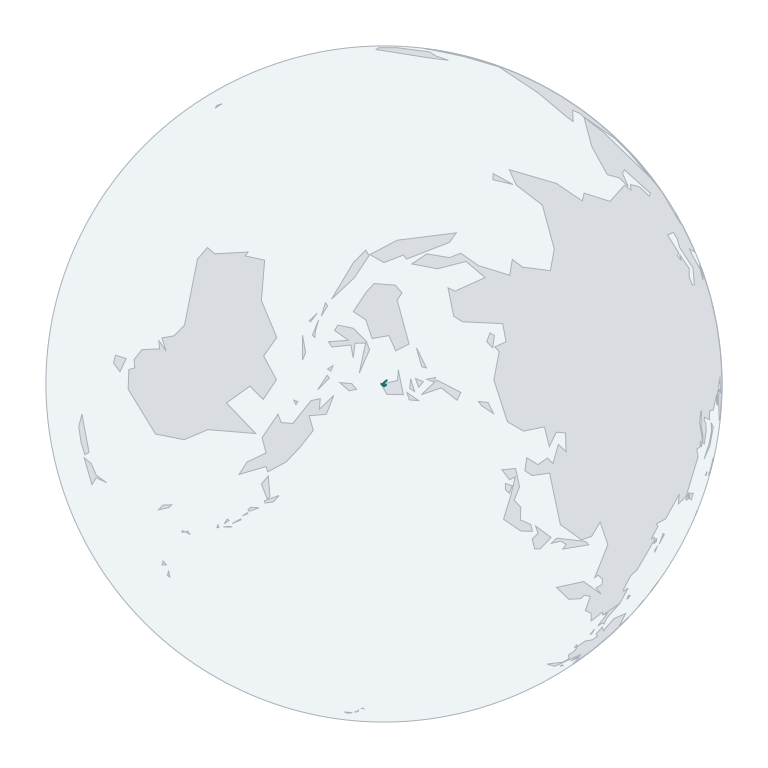 globe centered on Sarangani, rotated 115°
{"feature_id": "PHL-2598", "entity_name": "Sarangani", "entity_type": "Province", "adm_level": 1, "iso_a3": "PHL", "parent_name": "Philippines", "parent_adm1": "", "projection": "orthographic", "projection_center": [125.149, 6.009], "detail": "fine", "context": "on_globe", "style": "filled", "palette": "teal", "viewbox_px": 768, "rotation_deg": 115, "n_neighbors": 0, "source": "natural_earth", "source_scale": "10m", "svg_char_len": 8679}
<svg xmlns="http://www.w3.org/2000/svg" viewBox="0 0 768 768"><g transform="rotate(115 384 384)"><circle cx="384" cy="384" r="338" fill="#eef3f6" stroke="#a8b0b8"/><path d="M649.5,496.6L649.2,498.9L648.8,499.3L649.5,496.6ZM558.6,94.7L548.3,91.1L556.0,97.6L545.5,91.0L567.7,110.1L568.9,117.8L560.7,104.6L554.5,100.0L551.9,102.3L545.0,98.4L539.8,97.6L531.9,93.0L527.6,86.8L522.4,84.1L520.9,86.1L511.9,83.5L515.0,80.9L499.6,76.5L489.8,67.9L504.4,68.6L492.1,63.8L515.0,72.5L537.2,82.8L558.6,94.7ZM698.0,281.3L695.2,273.9L697.7,277.5L698.0,281.3ZM692.8,270.2L693.9,272.5L692.9,270.8L692.8,270.2ZM691.7,269.4L692.5,270.0L691.8,270.2L691.7,269.4ZM690.4,269.4L691.0,269.1L691.0,269.5L690.4,269.4ZM687.4,267.0L686.6,266.2L686.9,265.1L687.4,267.0ZM563.1,103.9L563.6,102.7L565.5,105.4L563.1,103.9ZM540.5,98.3L542.5,100.2L539.0,99.1L540.5,98.3ZM523.5,91.3L517.2,89.6L522.9,90.2L523.5,91.3ZM513.0,87.9L497.7,84.7L500.9,88.1L483.2,77.6L502.1,83.2L508.6,83.1L508.4,85.2L513.0,87.9ZM475.9,72.9L471.5,71.6L475.3,71.9L475.9,72.9ZM477.6,59.3L472.7,57.9L470.0,57.2L469.6,57.1L477.6,59.3ZM447.4,52.1L459.6,54.6L459.2,54.6L447.4,52.1ZM94.8,209.3L94.3,210.4L112.9,183.9L114.0,180.8L129.5,161.7L133.1,158.3L132.6,164.1L136.9,159.2L146.2,146.0L155.2,138.8L150.4,141.1L145.6,146.4L142.5,148.5L146.7,143.8L149.7,141.1L152.4,138.0L144.8,145.3L166.6,125.3L190.0,107.3L214.9,91.4L216.1,91.0L220.5,88.3L238.5,79.0L243.8,76.6L249.2,74.2L245.5,75.8L271.2,65.5L271.9,65.2L275.8,64.5L255.1,75.0L246.8,77.8L250.1,75.0L235.1,82.8L242.0,79.6L239.1,81.8L250.1,77.6L248.5,79.0L261.8,73.0L261.1,74.4L252.7,78.1L268.5,74.6L270.5,77.3L274.8,75.9L278.8,73.7L278.7,79.5L281.9,78.3L283.2,75.9L290.4,72.2L303.0,68.4L302.3,70.6L297.6,72.2L286.7,79.6L274.4,84.6L275.4,85.2L285.9,81.5L299.2,72.3L307.0,69.6L301.9,73.5L304.4,71.8L308.0,71.2L311.0,72.9L317.2,68.6L358.4,62.7L368.2,66.6L359.0,69.9L387.0,71.7L395.9,78.2L397.0,75.6L411.3,76.2L408.7,74.0L410.3,72.9L445.7,76.1L453.4,79.4L470.0,80.1L470.6,79.1L465.8,76.5L483.2,77.6L500.9,88.1L498.6,89.7L511.2,96.1L504.2,99.4L504.3,105.8L489.3,107.3L490.7,113.1L495.5,115.1L501.0,125.5L495.5,141.7L478.7,119.6L482.7,98.4L479.2,105.6L473.7,101.7L468.6,103.3L466.7,109.2L470.4,111.2L435.0,113.2L417.8,129.7L434.3,131.5L441.8,139.1L436.8,164.8L394.8,196.2L404.3,211.0L403.0,219.7L390.5,223.4L392.1,210.5L382.0,204.4L384.8,197.3L365.2,200.4L368.4,190.4L351.6,198.8L354.9,207.6L370.9,207.7L355.0,220.5L367.7,237.5L366.0,256.2L333.9,286.1L305.9,293.3L303.6,299.3L294.2,291.2L279.1,301.9L294.4,339.1L293.1,349.4L269.8,366.6L269.8,358.8L244.8,337.3L238.2,361.4L257.0,384.3L263.4,409.5L248.0,400.2L241.8,378.0L233.0,369.7L236.8,348.4L232.3,316.0L216.9,320.3L219.5,307.8L211.0,281.1L189.7,286.7L154.9,316.1L147.8,348.1L136.8,361.0L129.4,312.5L134.3,281.7L126.4,283.3L123.0,256.3L102.3,250.1L103.9,242.1L99.0,244.8L97.4,235.7L101.7,223.1L98.6,222.9L88.3,256.5L92.1,257.1L101.8,246.1L97.7,257.9L99.9,270.1L80.9,296.1L57.7,315.5L63.2,291.4L85.8,225.6L89.5,219.1L89.9,218.4L90.7,217.0L84.7,227.4L91.2,215.3L70.8,259.1L64.0,278.1L57.3,316.8L56.0,320.2L56.2,328.8L66.2,323.5L64.6,331.5L55.1,367.0L48.0,413.9L53.5,450.0L60.5,480.1L63.2,490.1L56.4,466.8L51.3,443.0L47.9,419.0L46.3,394.7L46.4,370.4L48.2,346.2L51.8,322.2L57.1,298.5L64.1,275.2L72.7,252.5L83.0,230.5L94.8,209.3ZM124.2,185.8L129.2,189.9L140.7,172.2L143.5,172.7L146.4,167.0L141.5,171.0L150.5,156.0L157.6,152.9L164.1,146.2L162.7,144.7L148.3,153.0L135.2,173.9L128.2,179.9L124.2,185.8ZM371.5,46.3L371.4,46.3L366.2,46.6L371.5,46.3ZM310.7,54.3L315.3,53.2L316.8,53.0L328.9,50.7L328.5,51.1L321.1,52.6L310.7,54.3ZM109.5,187.7L106.0,192.2L107.9,189.3L108.7,188.3L109.5,187.7ZM312.3,54.3L317.4,53.2L314.1,54.1L312.3,54.3ZM328.9,51.3L326.2,52.2L329.9,50.9L328.9,51.3ZM198.4,649.2L205.3,653.5L202.2,653.2L198.4,649.2ZM69.5,481.3L84.2,532.4L81.4,530.9L73.9,514.8L63.8,483.3L64.8,476.1L63.4,462.5L69.5,481.3ZM348.1,474.5L358.6,476.9L358.3,478.4L348.1,474.5ZM337.1,468.1L349.0,469.6L335.2,471.3L337.1,468.1ZM353.6,470.3L365.7,468.4L370.9,466.3L370.1,469.5L353.6,470.3ZM329.1,467.4L286.8,463.0L270.4,457.1L274.0,451.8L300.6,455.9L329.1,467.4ZM272.7,451.5L248.1,432.8L216.5,382.4L227.8,384.5L261.2,416.3L259.0,421.0L273.9,435.3L272.7,451.5ZM333.5,427.7L331.3,442.4L307.7,438.8L297.1,435.3L289.7,415.5L293.8,406.3L302.4,407.5L337.2,378.2L349.0,387.4L338.0,400.0L347.8,413.9L333.5,427.7ZM148.6,351.3L152.8,371.6L147.2,374.0L148.6,351.3ZM352.4,357.1L337.6,369.8L351.5,352.3L352.4,357.1ZM361.2,340.3L361.6,347.4L356.4,340.0L361.2,340.3ZM302.2,308.8L293.0,309.5L293.3,304.5L305.3,300.8L302.2,308.8ZM364.5,272.3L362.4,286.4L359.9,291.0L356.8,282.0L364.5,272.3ZM316.6,62.2L300.1,64.2L288.0,67.4L280.8,71.2L283.9,67.4L302.5,62.5L316.6,62.2ZM353.3,62.0L359.5,59.7L361.6,61.0L360.5,61.6L353.3,62.0ZM353.7,60.5L352.3,57.6L358.9,56.5L358.7,59.0L353.7,60.5ZM331.6,54.0L326.8,54.4L329.5,53.4L331.6,54.0ZM570.5,622.5L574.5,625.1L564.9,633.9L551.6,642.6L539.0,645.0L570.5,622.5ZM471.4,639.5L469.9,628.4L484.4,628.5L479.3,637.9L471.4,639.5ZM579.8,615.8L588.3,606.3L590.6,593.7L590.7,605.3L598.6,606.2L577.6,624.5L579.8,615.8ZM415.0,589.6L349.7,605.8L334.9,601.7L337.6,592.6L321.9,563.0L326.6,564.0L322.2,544.5L360.2,530.4L387.1,500.9L409.5,504.9L425.6,483.3L449.0,487.0L442.6,504.6L467.7,518.8L483.1,479.4L499.8,524.4L518.9,541.6L525.9,569.8L496.8,613.7L478.8,621.3L474.7,616.7L467.4,620.8L455.1,617.8L447.0,602.2L439.9,606.3L446.2,595.5L436.1,604.7L429.1,594.6L415.0,589.6ZM583.2,525.4L587.0,526.9L593.3,535.1L587.2,533.2L583.2,525.4ZM639.9,504.9L641.8,508.7L637.8,509.4L639.9,504.9ZM648.8,499.3L644.1,500.4L649.5,496.6L648.8,499.3ZM601.8,501.3L603.7,504.2L602.2,505.0L601.8,501.3ZM600.2,500.2L602.3,496.0L602.1,500.4L600.2,500.2ZM581.7,475.0L583.8,472.9L584.9,474.8L581.7,475.0ZM374.2,478.5L388.7,468.3L396.8,468.0L374.2,478.5ZM578.3,469.9L572.7,469.0L573.2,466.7L578.3,469.9ZM578.5,464.5L577.8,461.2L581.5,469.2L578.5,464.5ZM567.6,456.2L574.6,462.6L566.8,456.8L567.6,456.2ZM563.5,456.6L558.5,453.6L558.9,452.6L563.5,456.6ZM508.7,456.0L527.2,477.1L512.7,475.2L496.3,461.7L484.2,471.8L456.2,467.3L462.4,460.9L458.4,449.9L429.9,443.1L424.2,435.6L434.2,431.9L415.6,424.7L435.9,423.5L444.4,438.5L455.9,428.5L476.2,433.2L496.2,439.9L512.6,452.1L508.7,456.0ZM436.3,454.7L439.9,455.1L436.8,459.0L436.3,454.7ZM549.0,444.8L556.3,452.4L555.5,454.1L552.0,452.7L549.0,444.8ZM516.3,450.0L533.8,440.0L538.0,440.7L526.4,452.8L516.3,450.0ZM529.4,432.0L537.6,434.4L542.1,441.5L540.4,443.1L529.4,432.0ZM394.9,437.7L394.2,441.5L388.9,437.9L394.9,437.7ZM401.6,436.0L417.4,441.7L400.2,439.2L401.6,436.0ZM354.7,417.9L359.2,427.5L373.3,423.0L362.6,430.5L372.4,446.7L369.2,452.2L359.4,434.7L356.3,451.5L350.1,450.6L346.5,435.5L352.7,418.3L358.9,411.6L384.5,411.0L354.7,417.9ZM401.4,424.6L397.3,413.4L400.4,406.6L404.9,412.7L401.4,424.6ZM385.5,386.5L375.0,373.2L365.1,377.0L385.5,361.9L392.1,377.0L385.5,386.5ZM377.2,358.8L367.9,362.1L377.8,353.2L377.2,358.8ZM365.8,357.8L365.2,349.3L372.3,351.2L365.8,357.8ZM382.0,359.7L384.4,345.6L387.7,354.3L382.0,359.7ZM363.3,330.4L377.8,345.6L358.1,337.7L359.2,310.8L367.8,311.0L363.3,330.4ZM422.9,231.9L421.9,224.8L430.1,224.2L428.5,229.2L422.9,231.9ZM456.0,218.5L432.0,221.9L412.5,225.8L417.7,229.6L411.9,240.9L405.0,229.0L419.8,217.7L434.3,217.0L437.9,207.9L449.5,203.0L449.3,191.5L454.8,187.3L459.4,197.9L456.0,218.5ZM448.6,186.6L452.5,167.8L467.3,172.7L469.8,177.8L461.8,184.2L454.4,181.1L448.6,186.6ZM457.7,165.0L450.7,162.2L441.5,134.8L443.2,130.5L458.1,152.3L452.2,151.1L451.8,157.4L457.7,165.0ZM472.1,72.9L471.6,71.7L474.7,73.3L472.1,72.9ZM408.6,71.8L411.3,70.6L414.9,72.0L408.6,71.8ZM420.9,68.4L414.9,67.6L421.6,67.5L420.9,68.4ZM401.6,66.4L412.7,66.8L401.6,67.8L401.6,66.4Z" fill="#d9dde1" stroke="#a8b0b8" stroke-width="1"/><path d="M384.9,386.5L384.9,386.0L384.9,385.9L384.8,385.7L384.7,385.7L384.4,385.5L384.4,385.4L384.2,385.4L384.2,385.2L384.3,385.1L384.3,384.9L384.4,384.6L384.7,384.3L384.8,384.2L384.8,383.9L384.7,383.8L384.7,383.6L384.5,383.4L384.5,383.1L384.5,382.9L384.7,382.7L384.6,382.4L383.9,382.2L383.6,382.0L383.7,381.8L383.9,381.6L384.0,381.5L384.2,381.8L384.3,381.8L384.6,382.1L384.8,382.2L385.0,382.2L385.4,382.2L385.5,382.2L385.8,382.3L386.0,382.6L386.1,382.8L386.1,383.0L386.1,383.3L386.2,383.5L386.2,383.8L386.1,384.0L385.9,384.6L385.9,384.9L385.9,385.0L385.3,386.2L385.3,386.3L385.2,386.3L384.9,386.5L384.9,386.5ZM383.8,384.3L383.6,384.7L383.5,384.9L383.4,384.9L383.1,384.8L382.9,384.9L382.2,384.6L381.8,384.4L381.7,384.4L381.4,384.4L381.0,384.1L380.8,384.1L380.7,384.0L380.7,383.9L379.7,383.4L379.4,383.3L379.4,383.2L379.5,383.2L379.6,382.9L380.1,383.0L381.0,383.5L381.4,383.7L381.9,384.0L382.1,384.0L383.1,384.0L383.4,384.0L383.4,384.3L383.6,384.3L383.8,384.3Z" fill="#14b8a6" stroke="#0f766e" stroke-width="1.5"/></g></svg>